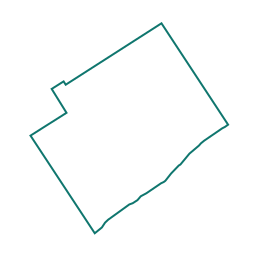 Sanilac, Michigan, United States of America (Mercator projection), rotated 59°
{"feature_id": "52423323B29368919737567", "entity_name": "Sanilac", "entity_type": "district", "adm_level": 2, "iso_a3": "USA", "parent_name": "United States of America", "parent_adm1": "Michigan", "projection": "mercator", "projection_center": [-82.674, 43.422], "detail": "fine", "context": "isolated", "style": "outline", "palette": "teal", "viewbox_px": 256, "rotation_deg": 59, "n_neighbors": 0, "source": "geoboundaries", "source_scale": "gbopen_adm2", "svg_char_len": 510}
<svg xmlns="http://www.w3.org/2000/svg" viewBox="0 0 256 256"><g transform="rotate(59 128 128)"><path d="M84.3,215.5L191.2,211.1L201.1,210.7L199.8,201.6L197.3,196.4L196.4,192.3L194.2,166.2L194.9,162.7L194.7,157.0L193.1,152.2L193.4,145.9L192.4,128.2L192.7,125.2L192.5,123.2L189.2,114.5L186.3,103.8L186.3,101.9L181.6,88.5L179.6,76.2L178.7,73.4L178.1,69.2L176.8,47.4L177.0,44.3L176.7,40.5L55.5,45.4L58.8,159.1L54.9,159.2L55.2,173.3L83.3,172.9L84.3,215.5Z" fill="none" stroke="#0f766e" stroke-width="2"/></g></svg>